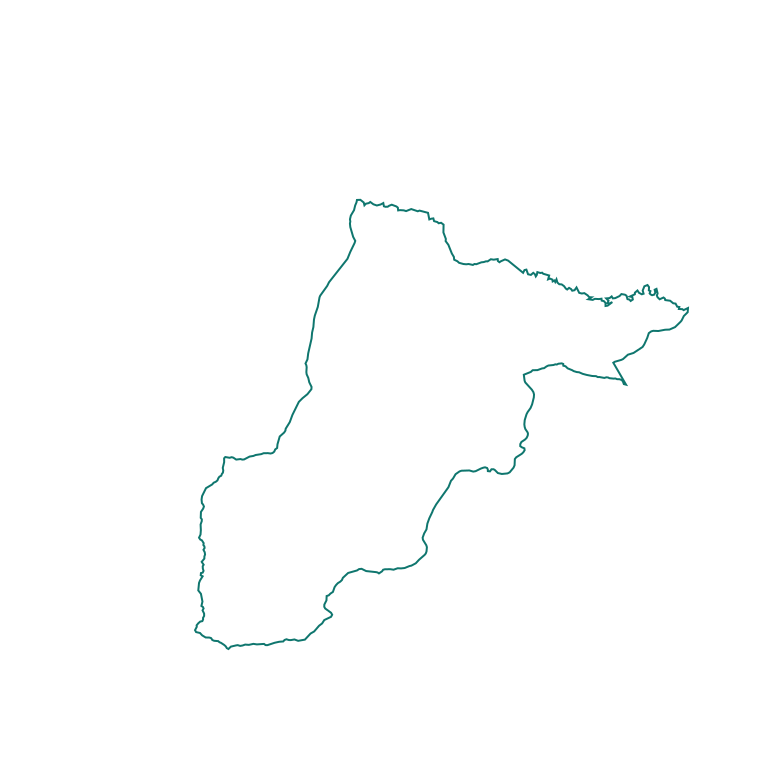 outline of Bonito de Minas, Minas Gerais, Brazil, rotated 56°
{"feature_id": "56859067B40632732354606", "entity_name": "Bonito de Minas", "entity_type": "district", "adm_level": 2, "iso_a3": "BRA", "parent_name": "Brazil", "parent_adm1": "Minas Gerais", "projection": "natural_earth1", "projection_center": [-44.877, -14.974], "detail": "fine", "context": "isolated", "style": "outline", "palette": "teal", "viewbox_px": 768, "rotation_deg": 56, "n_neighbors": 0, "source": "geoboundaries", "source_scale": "gbopen_adm2", "svg_char_len": 6155}
<svg xmlns="http://www.w3.org/2000/svg" viewBox="0 0 768 768"><g transform="rotate(56 384 384)"><path d="M216.3,303.5L218.0,305.2L219.9,308.1L223.1,311.6L225.8,317.3L228.4,320.1L230.5,321.1L231.9,322.5L235.1,324.2L244.8,327.3L249.3,327.8L250.7,329.6L255.7,338.2L259.8,344.3L268.9,372.7L270.9,376.2L275.1,387.5L276.1,389.0L283.1,395.8L288.6,403.1L291.4,406.0L297.3,410.7L301.1,414.8L305.8,418.6L316.2,429.7L320.8,433.7L323.1,437.6L325.0,437.9L326.8,438.7L330.7,441.7L332.7,442.7L336.7,443.4L340.8,445.0L345.9,445.7L347.7,447.1L349.6,453.1L350.2,459.5L351.2,464.6L358.4,477.2L362.9,483.4L366.1,490.5L367.5,491.8L368.4,493.9L369.2,499.8L374.4,506.0L377.3,508.4L377.4,510.8L378.7,512.8L378.9,515.0L378.2,516.9L376.5,518.8L374.1,522.4L373.5,525.0L371.1,530.1L370.6,532.5L369.0,536.0L368.3,542.2L367.4,543.8L366.0,544.9L364.0,548.8L360.8,550.1L359.5,551.2L358.8,553.3L355.8,556.4L356.2,558.1L359.4,560.2L363.4,564.6L365.8,565.6L367.4,567.1L367.9,568.7L369.0,570.2L368.8,572.3L369.5,574.1L370.8,576.0L371.0,578.1L370.6,580.4L371.2,582.7L370.8,589.8L375.2,597.5L377.7,599.8L381.0,601.6L382.8,601.4L384.9,601.8L386.2,603.6L387.7,607.3L392.5,610.8L394.3,610.7L395.8,611.8L397.9,614.6L402.8,617.6L406.2,620.3L408.0,623.3L410.2,623.3L411.8,622.4L415.1,622.5L416.5,623.8L418.1,623.7L419.6,624.4L420.5,626.4L423.2,626.7L425.3,627.7L426.5,629.3L428.3,630.6L429.5,634.6L433.0,634.6L433.7,636.2L435.7,637.4L438.0,638.1L439.0,639.8L438.4,641.5L440.1,642.9L442.0,641.9L444.0,646.4L445.5,648.6L451.3,653.4L455.6,653.1L462.9,656.2L465.9,659.5L467.7,658.8L469.2,659.1L470.2,661.0L473.7,661.5L475.7,662.8L476.7,664.8L478.0,665.6L479.0,667.2L478.2,669.2L478.5,671.7L479.3,674.3L480.6,675.0L482.4,678.3L484.6,678.5L487.5,675.8L490.7,675.3L494.4,673.6L496.7,670.4L498.1,669.4L500.2,669.5L501.9,668.4L504.5,665.2L506.1,664.8L507.4,663.9L511.0,662.4L513.0,661.9L515.1,662.0L516.7,661.2L516.1,657.8L518.0,652.8L518.7,651.3L520.7,649.7L521.7,647.5L522.4,644.8L524.7,641.9L526.4,637.6L528.8,635.0L532.4,628.8L534.2,628.2L535.3,626.7L537.4,619.3L539.1,615.0L541.1,611.5L540.6,609.6L541.1,607.6L543.0,606.1L544.2,604.5L545.7,601.1L548.9,598.8L551.7,592.5L549.8,584.4L550.1,580.3L548.1,573.0L547.9,569.2L546.3,565.5L547.4,558.1L546.3,556.0L544.1,555.8L537.2,558.3L535.3,558.1L533.5,556.8L531.2,552.7L527.7,550.1L528.3,548.0L527.8,545.6L527.8,542.6L524.8,538.6L523.9,536.3L523.3,533.7L523.4,530.8L523.0,528.5L521.7,526.5L520.6,519.4L523.5,510.6L523.5,508.2L524.7,505.9L529.1,503.4L535.6,495.7L536.7,494.7L538.2,494.1L538.2,490.3L537.5,488.6L538.1,486.9L541.0,482.4L543.3,479.9L544.4,475.7L546.4,473.0L548.1,469.8L549.2,464.6L549.9,462.9L550.4,457.9L549.3,453.2L548.4,445.9L547.9,444.2L546.6,442.4L543.3,439.7L541.4,439.1L534.9,438.8L533.0,437.9L530.3,434.2L528.3,430.1L524.0,426.1L520.7,421.6L517.1,415.5L515.9,413.9L513.0,408.1L505.6,388.3L501.7,382.6L501.0,379.7L498.8,375.1L498.7,370.3L499.2,368.3L503.4,361.6L506.5,359.0L507.5,356.8L508.3,350.9L508.9,348.5L509.6,346.8L511.3,345.5L512.8,345.7L514.3,346.6L515.7,345.0L514.8,342.6L516.0,340.8L517.3,340.2L521.5,339.4L524.5,336.6L527.2,331.6L527.5,329.2L525.8,323.4L524.4,321.2L519.4,317.5L518.7,315.4L518.9,308.8L518.5,306.6L517.5,304.4L515.8,303.6L513.6,305.1L511.7,305.8L510.0,304.6L508.9,302.5L508.9,298.1L508.4,295.8L507.1,293.7L505.8,292.5L504.5,292.0L500.4,292.0L498.3,291.4L495.9,290.2L492.6,287.5L488.8,282.8L487.6,280.6L485.9,276.0L483.7,272.6L478.9,267.3L476.6,265.5L474.3,264.7L471.4,264.6L461.7,266.0L459.9,265.6L454.5,262.9L456.1,255.5L455.7,253.1L458.3,249.0L459.5,244.2L460.4,242.4L460.3,239.5L460.6,237.4L463.0,232.9L463.5,231.0L464.5,229.8L464.7,228.1L466.3,225.1L467.6,224.2L469.1,225.1L470.8,223.6L473.7,223.0L477.9,220.2L479.3,219.6L481.9,217.5L483.4,215.7L486.7,213.6L489.8,210.9L493.8,206.9L496.1,203.8L497.8,202.9L498.6,201.6L502.2,197.9L502.8,195.9L503.9,194.6L505.2,193.9L507.8,190.8L508.9,189.0L510.3,188.1L511.7,186.1L513.8,184.6L515.8,184.6L518.2,185.2L519.9,183.7L494.6,182.0L494.6,180.3L496.7,173.8L497.0,171.9L496.1,165.4L497.8,159.8L497.9,148.9L496.7,146.1L493.0,140.0L489.9,136.0L489.8,133.0L490.5,131.0L493.5,126.9L496.2,120.6L498.5,116.9L499.6,110.9L498.3,103.6L497.8,101.8L495.3,97.4L494.3,92.1L491.0,89.5L490.3,94.3L488.8,94.8L486.7,97.6L485.3,96.1L483.9,97.7L480.4,97.3L478.8,99.1L475.0,100.2L471.7,103.9L470.2,103.4L468.6,103.9L467.9,108.1L465.0,108.7L463.2,108.3L461.9,106.5L457.5,104.9L457.2,106.9L459.9,107.9L461.0,110.1L460.3,112.1L458.8,112.9L457.4,113.1L456.0,111.2L454.5,112.1L451.9,110.1L449.3,110.2L448.6,113.5L451.2,117.3L454.3,118.3L453.8,120.1L451.0,121.6L448.2,121.6L448.6,124.9L449.9,125.9L449.0,131.2L450.8,129.5L453.1,130.5L453.1,133.1L451.3,133.3L449.8,134.7L446.3,133.6L444.7,134.3L442.2,136.9L442.8,139.5L442.1,144.3L441.0,146.4L438.7,146.3L438.9,149.0L437.3,151.9L440.5,151.3L441.9,153.5L443.2,152.2L443.8,148.9L444.1,154.8L443.2,156.7L440.6,155.0L438.2,155.4L436.6,156.9L434.9,156.0L433.8,158.3L431.3,161.6L431.0,163.9L428.0,167.2L428.1,163.6L426.8,165.3L424.4,165.6L420.7,167.1L419.6,169.4L417.6,171.2L411.6,170.4L412.8,173.6L411.9,175.8L410.0,175.8L407.8,176.8L408.1,179.3L406.6,179.9L403.6,180.0L400.8,181.0L399.3,182.9L396.9,183.5L393.7,182.5L395.2,185.0L393.5,184.8L393.3,186.8L391.6,186.0L389.4,187.5L389.0,189.4L386.4,186.4L381.6,190.4L380.2,190.6L379.4,192.3L377.0,194.3L379.0,196.3L379.7,198.0L377.3,197.5L375.3,198.1L375.7,201.2L373.6,203.2L368.8,202.0L368.1,203.8L369.6,206.5L351.1,212.1L348.4,214.0L347.6,218.5L347.6,220.2L345.7,220.8L344.0,219.9L342.3,223.5L340.3,225.7L340.3,229.5L339.3,230.9L338.7,233.1L337.6,235.2L336.3,240.5L335.1,241.9L335.0,243.7L331.8,246.8L330.8,248.8L329.0,251.0L325.5,254.0L323.3,254.5L320.2,256.3L317.7,255.0L313.8,254.8L304.6,252.8L300.0,253.0L298.3,251.6L291.6,250.0L285.2,245.5L282.3,246.5L281.3,248.8L279.6,249.2L277.0,251.4L274.3,250.5L273.4,252.4L272.9,254.4L266.7,251.8L260.1,257.6L259.7,259.4L254.2,263.6L253.0,269.0L251.1,270.5L248.8,273.5L248.0,275.2L245.5,273.9L243.8,274.4L239.7,277.3L239.1,280.0L239.1,281.8L237.9,283.7L236.6,284.7L233.6,283.4L233.3,286.4L232.0,290.1L229.1,292.3L225.4,293.6L225.5,295.5L224.4,298.2L224.9,300.3L222.2,299.3L218.1,300.6L216.3,303.5Z" fill="none" stroke="#0f766e" stroke-width="2"/></g></svg>